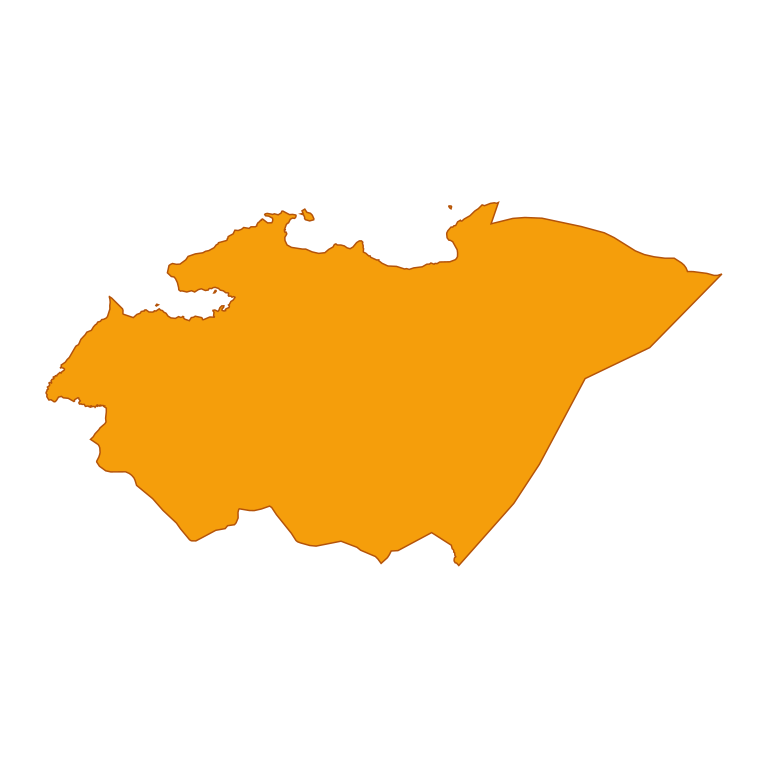 outline of Kjósarhreppur, Höfuðborgarsvæði, Iceland
{"feature_id": "244011B42175048354153", "entity_name": "Kjósarhreppur", "entity_type": "district", "adm_level": 2, "iso_a3": "ISL", "parent_name": "Iceland", "parent_adm1": "Höfuðborgarsvæði", "projection": "orthographic", "projection_center": [-21.584, 64.307], "detail": "fine", "context": "isolated", "style": "filled", "palette": "amber", "viewbox_px": 768, "rotation_deg": 0, "n_neighbors": 0, "source": "geoboundaries", "source_scale": "gbopen_adm2", "svg_char_len": 6035}
<svg xmlns="http://www.w3.org/2000/svg" viewBox="0 0 768 768"><path d="M458.8,565.5L513.8,503.4L539.4,464.3L585.1,378.6L649.7,347.6L721.9,274.0L717.6,275.4L714.0,275.4L706.9,273.4L693.1,271.6L687.5,271.5L686.1,268.0L684.1,265.2L681.5,262.9L674.2,258.2L664.8,258.2L654.1,256.8L644.4,254.6L635.4,250.9L614.1,237.6L604.3,232.8L581.1,226.5L542.0,218.2L524.9,217.5L512.9,218.4L491.1,223.8L498.4,202.5L496.8,203.3L494.3,202.8L490.4,203.4L484.5,205.7L482.1,204.9L478.3,208.7L474.8,211.0L470.0,215.7L464.2,219.0L461.9,221.0L461.1,221.1L460.4,220.2L457.6,221.9L455.7,225.5L453.9,225.8L452.7,227.1L451.0,227.1L447.9,230.7L446.8,232.9L446.7,234.0L447.1,237.8L448.8,240.1L450.5,240.4L452.7,241.7L457.2,249.8L457.6,253.0L457.5,256.6L456.4,258.6L455.1,259.8L449.8,261.8L439.7,262.0L437.1,263.6L435.1,263.4L434.1,264.2L430.9,263.0L429.5,264.1L426.8,264.2L422.3,266.8L413.7,267.9L409.2,269.4L406.5,268.6L404.6,269.0L396.5,266.4L387.9,266.0L382.1,263.3L378.7,260.7L378.8,259.9L376.7,260.0L370.7,257.3L370.1,255.9L368.7,255.9L365.9,253.3L363.4,252.1L363.3,251.1L363.6,248.7L363.1,247.8L363.2,245.8L362.4,243.0L362.8,242.2L361.5,240.9L359.3,240.9L356.6,242.6L353.0,247.0L350.1,248.7L347.2,247.9L344.3,245.9L340.8,245.0L337.3,245.0L335.9,243.9L334.4,244.5L333.0,247.0L328.7,249.4L324.9,252.7L318.7,253.4L312.2,251.9L305.8,249.1L302.6,249.1L291.5,247.4L287.1,245.0L285.0,240.6L284.8,237.5L286.7,234.1L286.7,233.4L285.9,232.0L285.1,232.4L284.5,231.4L284.5,229.8L286.0,229.7L284.5,229.6L286.2,224.8L287.4,223.3L288.5,222.9L290.3,219.3L292.5,218.1L294.5,218.4L295.5,217.6L296.1,215.9L295.8,215.0L292.6,214.4L289.5,214.6L282.9,211.1L281.9,211.2L281.0,213.1L278.2,214.8L274.3,213.8L272.8,214.4L267.2,213.4L265.2,213.9L264.7,214.6L265.6,215.8L268.7,216.1L272.5,218.2L272.8,220.0L272.4,221.7L271.7,222.8L267.6,222.9L262.6,219.0L261.4,219.5L261.4,220.3L260.4,220.5L259.4,221.8L258.1,222.6L256.9,224.6L256.8,225.8L255.2,226.8L251.0,226.8L249.1,228.4L243.7,227.5L241.5,229.3L238.2,230.5L234.9,230.2L233.1,233.9L228.2,236.5L227.8,238.3L227.4,238.5L227.2,239.8L226.2,240.6L218.5,242.7L217.8,244.1L216.3,244.8L214.1,247.7L208.8,250.6L205.5,251.3L202.8,252.8L195.3,253.9L188.1,256.4L185.8,259.8L180.0,264.1L176.3,264.3L172.5,263.5L170.5,264.4L169.0,265.5L167.4,272.8L171.3,276.5L173.9,276.9L175.4,278.5L177.4,282.6L178.6,287.6L178.8,289.8L180.4,291.1L182.0,290.9L186.8,292.0L191.5,290.7L194.7,292.0L198.4,289.6L201.3,288.8L205.4,290.5L208.3,290.0L208.8,288.9L209.8,288.4L211.7,288.6L212.9,287.7L215.1,287.3L218.5,288.4L220.2,290.1L223.3,290.8L225.7,292.7L228.2,292.9L228.6,293.3L228.3,295.5L228.7,296.1L231.1,296.2L232.0,297.2L233.5,296.6L234.9,297.1L235.0,297.5L233.1,300.1L230.9,301.5L229.3,304.5L228.5,305.0L229.4,306.1L229.0,307.5L226.1,308.8L225.3,309.6L225.6,310.6L224.0,311.0L222.1,310.4L222.0,309.1L223.7,307.2L223.9,305.8L221.7,305.9L219.9,307.7L218.8,310.4L217.9,311.4L214.9,310.0L213.0,310.3L212.9,310.8L214.0,312.2L213.6,315.7L214.4,316.8L214.2,317.2L209.8,317.0L203.4,319.7L202.5,319.6L202.3,318.3L201.6,317.6L195.2,316.2L193.4,317.3L191.3,317.6L189.3,320.7L184.7,319.1L183.6,318.0L183.6,316.7L182.8,316.4L181.9,317.2L180.5,317.4L178.6,316.6L175.4,318.4L170.9,317.9L168.0,316.1L166.1,313.3L163.8,312.1L162.5,310.6L160.6,310.1L159.2,308.8L156.1,311.0L154.3,310.8L154.0,311.6L152.4,312.1L149.0,312.0L146.1,309.9L144.8,310.0L144.4,310.3L144.4,310.9L141.3,311.5L140.0,313.3L136.9,314.4L133.3,317.6L123.3,314.2L122.9,313.5L123.0,310.4L122.5,308.8L111.7,298.1L109.4,296.6L109.3,296.9L109.9,299.1L110.2,302.3L109.8,305.7L109.9,309.0L107.5,316.5L106.3,318.0L103.7,319.3L101.7,319.6L100.4,321.3L97.7,322.1L96.5,324.2L95.5,324.6L93.5,326.8L91.4,330.3L86.8,332.2L85.3,334.6L80.9,339.3L78.9,343.9L78.0,345.0L76.2,345.9L75.3,347.1L69.3,357.5L67.2,359.5L65.3,362.2L61.2,365.0L61.4,366.4L60.1,368.2L61.3,367.6L63.6,368.2L64.5,369.1L64.2,370.1L61.4,372.2L61.0,373.1L59.9,372.5L57.2,374.8L56.7,375.9L55.4,375.7L54.9,376.7L53.4,376.9L53.3,377.6L53.9,378.2L53.7,378.8L52.0,379.4L51.1,380.7L51.6,382.6L51.5,383.0L50.0,382.4L49.1,382.7L49.0,383.1L49.6,384.4L49.5,385.6L47.4,387.1L48.3,389.0L47.0,389.9L46.9,391.1L46.1,392.3L46.2,393.5L47.2,394.8L46.8,395.9L46.9,396.8L48.9,400.0L51.0,399.7L54.1,401.8L55.1,401.7L56.4,400.5L58.5,397.1L61.4,396.4L63.3,397.8L68.2,398.3L73.9,401.5L74.5,401.1L74.6,399.7L78.0,397.7L78.8,398.1L78.9,399.0L80.3,400.9L78.9,402.4L79.1,403.6L79.9,404.2L81.0,403.8L82.0,404.4L84.3,404.4L85.4,406.4L88.0,406.0L89.4,406.9L90.3,406.7L90.0,406.3L90.2,406.0L91.5,405.9L91.7,406.2L91.3,406.9L93.1,406.4L94.7,406.6L95.1,407.3L97.2,404.9L98.0,405.3L97.2,405.8L97.4,406.3L100.3,405.1L101.0,405.3L100.6,405.9L102.8,405.4L104.5,406.0L103.9,406.5L106.3,408.1L106.3,412.1L105.6,418.2L106.0,421.9L104.9,423.7L100.1,427.8L98.8,429.8L95.1,433.7L93.3,436.7L90.5,439.4L98.1,444.5L99.1,446.0L99.8,447.9L100.1,452.5L99.7,454.4L98.9,456.9L96.7,461.2L96.7,462.0L99.5,466.3L105.7,470.8L110.7,471.9L125.6,471.8L129.2,473.4L131.6,475.2L133.9,477.8L135.0,480.2L136.6,485.4L152.7,498.7L163.0,510.4L176.5,523.1L180.4,528.7L189.6,539.8L191.3,540.8L195.9,540.9L215.8,530.3L225.2,528.6L227.6,525.7L234.5,524.7L236.1,522.8L238.1,518.0L238.0,512.3L238.7,509.5L239.3,508.8L249.4,510.5L254.2,510.6L261.3,509.0L269.6,506.1L271.7,507.5L276.4,514.6L291.3,533.2L296.0,540.5L297.6,541.8L300.5,542.9L309.8,545.5L316.1,546.1L341.0,541.2L357.0,547.3L360.6,550.2L375.4,556.5L377.9,559.0L381.1,563.4L387.4,557.7L389.3,554.8L391.2,551.0L398.0,550.6L431.6,532.6L451.3,545.2L452.2,548.7L453.4,549.8L453.8,551.0L453.7,552.0L454.6,552.7L455.0,555.8L455.7,556.5L455.6,557.0L454.6,557.7L454.2,558.9L454.1,560.9L455.2,562.8L456.6,563.1L458.8,565.5ZM310.5,213.3L306.9,212.3L304.8,209.1L302.0,210.8L303.1,213.3L300.8,213.9L303.5,214.8L304.6,217.1L304.6,218.6L305.4,219.7L309.7,220.9L313.7,219.8L313.9,218.8L312.3,215.2L310.5,213.3ZM449.0,205.9L448.8,206.5L449.7,207.9L451.0,208.8L451.6,206.8L451.1,206.0L449.0,205.9ZM214.8,292.8L216.2,291.1L216.0,290.5L215.2,290.4L213.8,292.9L214.8,292.8ZM156.4,306.0L158.4,304.8L156.8,304.2L155.8,305.5L156.4,306.0Z" fill="#f59e0b" stroke="#b45309" stroke-width="1.5"/></svg>